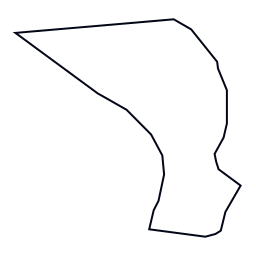 the Municipality of Šalovci
{"feature_id": "SVN-196", "entity_name": "Šalovci", "entity_type": "Municipality", "adm_level": 1, "iso_a3": "SVN", "parent_name": "Slovenia", "parent_adm1": "", "projection": "albers", "projection_center": [16.282, 46.821], "detail": "fine", "context": "isolated", "style": "outline", "palette": "ink", "viewbox_px": 256, "rotation_deg": 0, "n_neighbors": 0, "source": "natural_earth", "source_scale": "10m", "svg_char_len": 453}
<svg xmlns="http://www.w3.org/2000/svg" viewBox="0 0 256 256"><path d="M240.6,185.6L225.4,211.9L220.8,230.6L219.5,231.5L215.4,234.0L205.3,236.7L149.2,229.3L153.7,210.2L158.5,200.9L164.1,174.5L162.3,155.4L151.1,134.5L126.6,109.8L97.7,93.4L15.4,32.9L173.7,19.3L191.2,29.4L217.1,61.7L217.2,62.2L218.0,68.5L226.9,90.3L226.9,123.5L223.6,137.6L214.6,153.9L216.2,161.8L218.6,169.3L239.7,184.9L240.6,185.6Z" fill="none" stroke="#020617" stroke-width="2"/></svg>